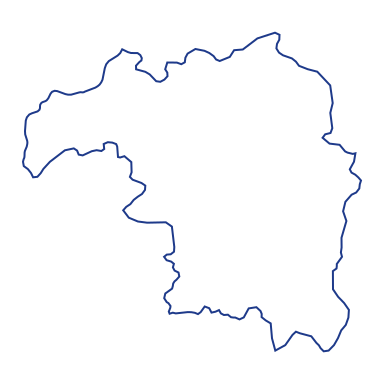 outline of Kaduna
{"feature_id": "NGA-2864", "entity_name": "Kaduna", "entity_type": "State", "adm_level": 1, "iso_a3": "NGA", "parent_name": "Nigeria", "parent_adm1": "", "projection": "albers", "projection_center": [7.395, 10.247], "detail": "fine", "context": "isolated", "style": "outline", "palette": "blue", "viewbox_px": 384, "rotation_deg": 0, "n_neighbors": 0, "source": "natural_earth", "source_scale": "10m", "svg_char_len": 2941}
<svg xmlns="http://www.w3.org/2000/svg" viewBox="0 0 384 384"><path d="M355.4,153.3L354.0,161.7L349.8,169.3L351.5,172.6L355.3,174.7L358.3,177.4L361.0,180.5L359.8,184.2L359.3,188.5L356.2,192.5L351.6,194.7L345.4,201.8L343.1,211.3L346.4,221.0L341.5,237.8L341.6,247.5L340.9,252.5L342.0,256.8L336.8,264.0L336.8,266.1L336.5,268.5L332.9,271.1L333.0,289.3L338.1,296.8L344.1,303.0L348.9,309.9L348.4,317.6L345.8,324.9L341.2,330.4L338.0,338.1L334.0,345.1L328.6,350.6L323.7,351.3L320.6,348.2L318.9,345.3L316.4,342.9L311.3,336.3L300.0,333.3L295.9,331.7L292.5,334.9L285.3,345.1L275.3,350.6L272.0,338.3L270.7,323.4L265.7,320.4L261.6,317.1L261.7,313.9L260.5,311.0L256.4,307.2L248.7,308.4L243.8,317.4L239.5,319.4L235.2,317.5L233.1,317.5L231.0,317.2L227.9,314.7L223.9,315.0L220.9,313.4L219.0,310.1L215.5,311.7L211.5,312.6L209.2,308.2L204.7,306.5L200.7,312.1L198.0,314.1L194.8,312.8L191.3,312.2L187.8,312.1L175.8,313.4L172.8,312.7L169.6,313.7L168.8,311.6L170.3,307.8L170.5,306.0L168.4,303.1L166.7,302.1L164.2,298.2L165.3,293.5L172.1,288.6L172.8,286.1L173.2,283.5L174.5,281.4L176.4,279.8L179.3,276.5L178.5,272.5L174.6,270.6L172.9,267.4L173.9,263.8L171.2,261.6L166.6,260.2L164.1,256.8L166.8,254.6L170.7,254.3L174.0,251.7L174.3,247.0L171.9,226.6L165.8,222.3L147.2,222.7L137.9,221.5L128.8,217.7L123.2,210.3L126.3,206.8L130.4,204.1L133.7,199.9L137.8,196.7L142.0,194.0L145.0,189.9L145.3,185.6L141.5,183.0L132.6,179.7L129.9,176.9L131.6,172.3L131.3,162.1L124.4,156.2L120.1,157.5L118.0,157.0L117.2,146.6L116.2,144.1L112.3,142.6L107.8,142.2L103.7,144.0L104.2,149.0L101.4,151.0L96.6,150.2L91.8,151.2L82.7,155.4L78.7,154.6L77.1,150.6L73.8,148.4L64.9,150.3L49.9,161.8L43.4,168.9L40.7,173.2L37.4,176.8L33.1,177.3L31.0,173.0L27.9,169.1L23.8,166.1L23.0,161.8L23.6,159.3L24.3,157.7L24.5,156.1L24.6,152.6L24.9,151.0L26.7,146.7L27.3,143.9L27.4,142.3L27.2,140.8L25.2,134.4L25.0,131.1L25.8,120.5L26.9,117.3L29.3,114.5L31.9,113.3L37.6,111.4L39.5,109.7L40.0,108.0L40.0,106.4L40.2,104.7L41.2,103.1L42.4,102.2L45.5,101.1L46.7,100.3L48.3,98.3L50.6,93.6L52.1,91.8L54.6,90.8L57.2,91.1L65.4,94.1L68.2,94.7L71.0,94.7L79.3,92.4L80.6,92.2L82.7,92.4L83.8,92.2L84.9,91.6L95.4,87.6L97.7,86.2L99.6,84.6L101.2,82.4L102.5,79.7L104.8,68.2L106.2,64.3L108.8,61.1L117.6,55.6L120.2,53.1L122.2,49.3L127.9,52.1L131.0,53.0L137.6,53.1L140.3,55.1L141.8,58.1L141.4,60.5L139.4,62.0L136.0,65.7L136.1,69.3L145.3,71.8L149.7,74.4L156.2,81.2L160.3,81.8L164.4,79.6L167.5,76.2L167.3,72.6L165.2,69.3L167.3,62.5L176.9,62.6L181.3,64.2L184.8,62.3L185.4,57.7L187.6,53.6L195.4,49.0L204.5,50.8L209.3,53.0L213.6,56.1L216.1,59.5L219.7,61.0L229.8,56.9L234.1,50.2L242.8,49.5L257.4,38.4L275.0,32.7L279.5,34.8L279.3,39.7L277.0,43.9L276.4,48.4L279.0,52.6L283.0,55.3L291.9,58.4L295.9,61.6L299.0,65.8L307.7,69.2L317.3,71.7L330.2,85.4L332.7,103.1L330.3,112.9L332.3,128.2L330.5,133.0L325.2,134.3L322.6,137.8L329.5,143.6L339.6,144.8L345.1,151.4L347.5,152.6L352.8,153.9L355.4,153.3Z" fill="none" stroke="#1e3a8a" stroke-width="2"/></svg>